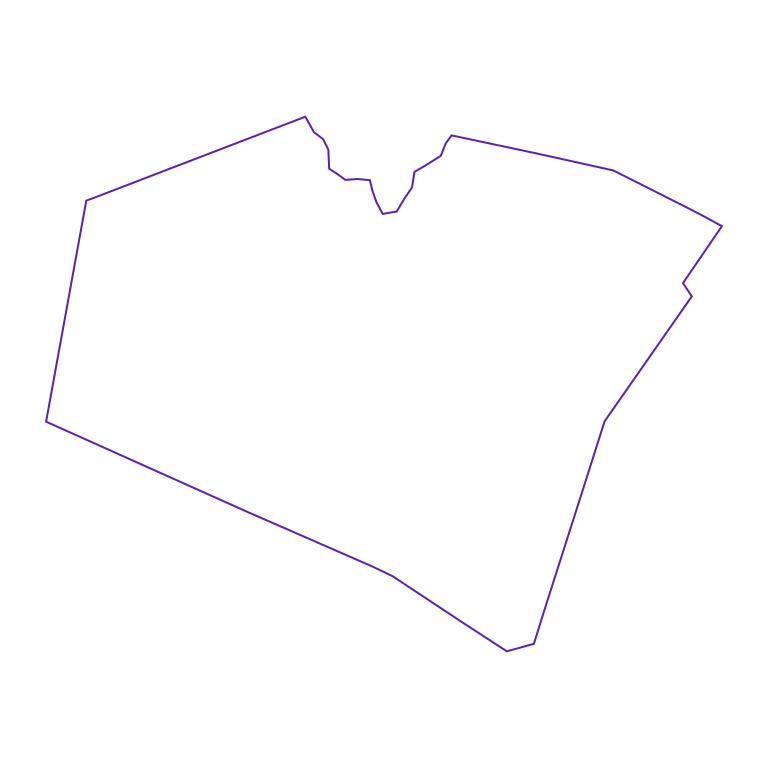 the district of Vera Mendes, Piauí, Brazil
{"feature_id": "56859067B19964079980967", "entity_name": "Vera Mendes", "entity_type": "district", "adm_level": 2, "iso_a3": "BRA", "parent_name": "Brazil", "parent_adm1": "Piauí", "projection": "natural_earth1", "projection_center": [-41.499, -7.609], "detail": "fine", "context": "isolated", "style": "outline", "palette": "violet", "viewbox_px": 768, "rotation_deg": 0, "n_neighbors": 0, "source": "geoboundaries", "source_scale": "gbopen_adm2", "svg_char_len": 640}
<svg xmlns="http://www.w3.org/2000/svg" viewBox="0 0 768 768"><path d="M506.8,651.3L533.9,643.8L544.2,610.7L582.3,491.5L604.6,421.3L691.8,296.4L683.0,283.1L721.9,226.2L706.1,217.5L687.4,207.8L613.5,170.5L564.9,159.7L539.1,154.0L451.6,135.4L445.7,143.5L440.8,155.8L425.1,165.7L414.5,171.8L412.0,187.4L404.3,198.8L396.7,211.5L382.7,213.9L376.4,202.1L372.3,190.3L369.9,180.2L357.6,179.0L345.4,179.9L337.6,174.2L329.2,168.7L328.3,149.6L323.2,139.3L313.9,132.1L305.3,116.7L93.7,197.9L86.3,200.6L46.1,421.7L248.0,512.2L322.7,544.8L373.4,567.0L393.0,576.4L399.5,580.8L463.6,623.2L506.8,651.3Z" fill="none" stroke="#5b21b6" stroke-width="2"/></svg>